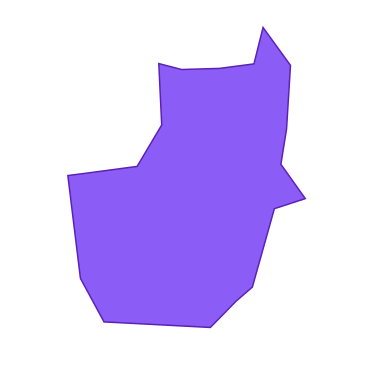 Marikina, Natural Earth projection, rotated 162°
{"feature_id": "PHL-5550", "entity_name": "Marikina", "entity_type": "Highly Urbanized City", "adm_level": 1, "iso_a3": "PHL", "parent_name": "Philippines", "parent_adm1": "", "projection": "natural_earth1", "projection_center": [121.115, 14.636], "detail": "fine", "context": "isolated", "style": "filled", "palette": "violet", "viewbox_px": 384, "rotation_deg": 162, "n_neighbors": 0, "source": "natural_earth", "source_scale": "10m", "svg_char_len": 388}
<svg xmlns="http://www.w3.org/2000/svg" viewBox="0 0 384 384"><g transform="rotate(162 192 192)"><path d="M216.4,57.5L315.8,95.6L324.8,144.3L305.0,246.0L236.3,233.3L200.1,265.1L183.9,324.4L164.0,311.7L127.8,301.1L93.5,294.7L73.6,326.5L59.2,282.0L82.6,222.7L98.9,190.9L86.3,150.7L118.8,150.7L164.0,82.9L183.9,74.5L216.4,57.5Z" fill="#8b5cf6" stroke="#5b21b6" stroke-width="1.5"/></g></svg>